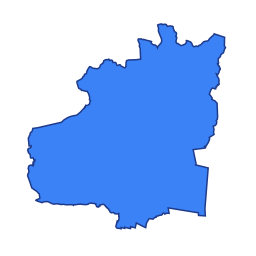 Coeneo, Michoacán, Mexico, rotated 175°
{"feature_id": "50627088B32739795926391", "entity_name": "Coeneo", "entity_type": "district", "adm_level": 2, "iso_a3": "MEX", "parent_name": "Mexico", "parent_adm1": "Michoacán", "projection": "albers", "projection_center": [-101.63, 19.787], "detail": "fine", "context": "isolated", "style": "filled", "palette": "blue", "viewbox_px": 256, "rotation_deg": 175, "n_neighbors": 0, "source": "geoboundaries", "source_scale": "gbopen_adm2", "svg_char_len": 5711}
<svg xmlns="http://www.w3.org/2000/svg" viewBox="0 0 256 256"><g transform="rotate(175 128 128)"><path d="M89.5,228.0L88.9,224.6L89.2,222.4L89.2,221.5L86.9,213.9L86.8,212.4L87.0,211.3L87.6,209.9L91.1,206.6L91.4,205.9L91.6,205.4L91.7,205.7L92.0,206.1L92.1,206.7L93.5,208.2L94.0,208.4L94.5,208.4L96.2,209.1L97.8,211.2L97.1,212.1L98.2,212.6L101.4,213.6L104.7,214.9L105.3,214.6L106.8,215.5L107.0,215.3L107.5,215.6L109.9,215.8L110.3,215.1L110.3,214.0L109.8,212.5L109.0,210.5L109.6,209.1L109.3,207.0L108.9,206.3L109.1,203.4L109.4,195.5L114.0,195.3L121.4,195.7L122.2,195.5L123.5,195.3L124.2,193.4L124.8,189.4L124.9,189.1L125.7,188.3L126.1,188.2L129.4,190.3L129.7,190.5L130.0,191.3L130.3,191.6L131.1,191.8L132.5,191.3L133.4,191.3L133.7,191.7L134.2,193.6L134.5,194.1L135.1,194.5L137.3,194.6L137.5,194.9L137.5,196.2L137.9,196.7L138.3,197.0L138.9,197.2L139.5,197.1L140.3,196.7L140.6,197.1L141.0,198.2L141.3,198.3L142.5,197.7L143.6,198.0L144.2,197.9L144.5,198.0L145.8,197.3L146.3,197.1L146.6,195.7L147.1,195.4L147.2,194.8L149.5,193.5L150.0,193.0L150.7,191.4L151.3,190.7L152.2,190.1L153.0,189.8L154.3,189.8L156.0,190.3L157.4,190.5L158.5,191.0L159.4,191.9L160.2,192.3L161.0,192.4L162.5,190.5L163.9,188.4L164.7,185.8L166.5,185.4L167.4,183.5L168.2,183.3L168.9,181.9L170.6,180.7L174.8,178.9L174.9,177.5L173.7,172.0L173.4,171.7L172.5,171.1L171.6,170.8L171.3,169.8L170.8,169.4L169.8,169.5L169.1,169.0L168.1,168.8L166.9,168.2L166.3,168.1L165.7,168.3L165.4,168.0L164.3,165.6L163.5,161.9L163.7,160.8L163.9,160.0L163.8,159.2L163.5,158.8L163.0,158.6L163.8,156.9L164.2,155.3L166.4,154.0L168.2,154.3L168.8,152.6L169.3,152.7L169.5,151.8L170.1,151.6L170.0,151.2L171.1,150.7L174.1,147.9L177.9,145.3L183.2,144.7L186.7,143.8L191.0,141.7L193.8,139.5L218.1,136.1L222.8,135.9L223.8,133.1L225.7,131.7L226.5,129.3L226.9,129.0L227.2,128.0L228.1,126.8L228.2,125.7L228.1,118.7L227.3,118.7L226.1,118.9L226.0,118.1L226.7,116.9L228.7,116.3L229.6,115.6L229.5,114.7L229.9,114.1L229.5,113.4L229.3,112.8L229.4,112.3L229.3,111.9L228.8,111.6L227.8,110.1L227.7,106.9L227.3,106.5L225.1,106.5L224.6,104.7L224.7,104.4L224.2,103.8L223.5,104.1L223.6,103.7L223.8,103.2L224.2,103.1L224.1,102.8L224.1,102.5L225.4,102.3L225.3,101.8L225.8,101.4L225.6,100.5L225.2,100.3L226.5,99.6L226.2,99.3L226.8,99.3L226.7,99.1L227.2,99.4L227.4,99.3L228.0,99.5L228.9,99.4L230.2,98.7L231.0,96.2L230.6,95.4L230.5,93.3L230.9,92.0L231.2,91.6L231.8,90.9L231.8,89.9L232.2,89.2L230.5,83.0L229.5,78.5L228.9,76.5L225.0,73.3L224.1,72.5L223.0,70.9L222.2,70.3L221.9,65.7L223.7,64.9L225.6,64.5L226.0,63.9L224.6,63.3L224.7,63.1L220.1,61.1L218.8,61.7L216.5,61.8L214.6,61.7L213.4,61.2L211.0,59.6L209.9,59.1L208.3,58.6L204.4,58.7L203.9,58.3L200.8,57.5L199.2,57.7L196.4,56.9L191.5,56.6L189.4,56.3L189.6,56.2L189.2,55.7L188.6,56.3L187.4,56.1L185.0,56.3L182.4,56.3L176.8,55.3L174.6,55.5L173.0,56.3L172.2,56.4L171.1,56.3L168.1,55.7L166.8,55.3L166.9,54.8L166.7,54.7L166.6,54.3L166.5,54.0L166.5,53.7L166.0,52.4L165.9,52.3L165.5,52.3L165.3,52.1L164.9,52.2L164.6,51.8L164.0,52.0L164.0,52.5L162.8,52.7L162.9,53.0L162.5,53.4L162.6,53.8L162.0,53.8L160.9,54.0L158.8,54.1L156.3,51.2L156.6,51.2L155.2,49.5L154.5,49.1L154.1,48.5L154.1,47.9L153.6,47.2L153.4,46.4L152.7,45.4L152.3,45.1L152.0,45.0L151.3,45.1L150.1,44.9L149.8,45.0L148.4,43.6L145.7,43.3L144.7,43.6L144.9,40.6L144.7,40.6L144.6,39.5L145.5,36.6L146.2,35.8L146.2,36.1L146.8,36.4L148.7,30.9L148.0,29.5L147.7,29.3L146.9,29.0L145.0,28.7L143.7,28.2L143.5,29.5L140.0,28.3L139.9,29.4L137.4,28.5L134.4,27.6L134.0,29.3L133.9,29.2L133.9,29.5L129.5,27.9L128.0,32.6L123.5,29.9L123.4,29.7L119.1,27.2L117.8,31.8L114.8,35.9L111.1,35.0L109.1,36.6L108.2,36.5L107.7,36.7L107.6,36.9L107.6,37.3L107.5,37.6L107.3,37.7L106.5,37.6L104.3,38.2L104.1,38.4L102.5,38.3L102.2,38.3L101.3,39.0L101.0,39.4L100.8,39.4L101.0,39.5L100.3,40.3L99.7,40.1L98.8,39.0L98.4,39.4L96.2,39.7L94.5,39.4L94.9,44.9L66.6,37.7L65.7,37.7L65.3,37.4L65.4,34.9L65.3,34.7L58.6,33.7L58.5,39.2L58.3,41.5L51.6,81.2L63.9,85.4L63.3,86.3L65.0,100.8L53.2,101.3L53.3,101.5L52.2,102.3L53.2,102.9L51.8,103.6L50.9,104.3L48.9,107.2L47.7,109.8L47.7,110.8L47.9,111.5L42.8,114.1L43.2,116.4L42.4,119.1L43.0,122.3L41.1,122.8L39.7,124.1L39.3,125.2L39.1,126.2L39.1,126.8L39.5,127.6L38.5,128.7L38.2,129.2L38.0,130.2L37.6,132.6L37.7,132.9L37.1,144.6L37.1,145.0L39.3,147.7L40.3,148.1L42.1,149.3L41.5,150.4L43.1,153.4L44.1,154.4L42.2,158.6L40.8,160.3L39.3,160.2L38.2,159.4L37.2,159.4L36.8,161.2L36.4,161.0L36.2,161.1L35.3,162.6L35.0,163.3L34.6,163.2L34.3,162.9L33.3,163.8L33.5,166.1L33.1,167.6L33.3,169.3L34.6,171.9L35.1,173.6L35.2,174.0L34.1,173.2L33.9,173.3L32.5,175.6L32.3,176.5L31.8,177.6L31.0,178.2L30.9,178.9L31.4,180.0L31.3,180.4L31.6,180.5L31.9,182.0L32.7,182.6L32.7,183.3L33.1,183.7L33.2,184.3L32.3,184.3L32.0,185.2L32.4,186.7L31.9,189.6L30.7,190.1L29.6,191.4L29.2,192.8L27.1,194.4L26.4,194.5L25.0,198.1L23.9,199.4L23.9,200.0L24.4,200.4L24.8,201.0L24.8,201.3L24.1,208.3L23.8,209.9L33.9,214.3L34.0,213.8L35.1,212.8L36.6,211.8L36.9,211.4L38.8,210.1L40.5,208.0L41.1,207.8L43.7,207.6L44.7,207.4L45.3,207.2L46.2,206.3L47.1,205.7L47.6,205.0L48.7,204.4L50.0,204.2L50.8,203.2L51.8,203.2L52.3,203.5L52.9,203.8L54.8,203.2L55.2,203.3L55.5,203.4L56.2,204.2L56.6,204.8L57.0,206.5L58.0,208.1L58.7,208.6L61.9,210.1L62.3,210.0L62.2,208.5L63.0,207.4L63.8,206.6L66.9,205.6L68.2,205.5L71.0,207.9L71.9,207.9L72.4,208.8L72.4,209.3L72.8,209.6L72.8,209.8L71.6,213.5L71.7,214.5L72.5,214.9L72.0,215.8L71.4,217.7L71.7,218.9L72.6,219.6L73.2,219.9L74.3,223.5L74.1,224.5L74.4,225.1L74.9,225.5L75.9,225.6L76.3,225.9L76.7,226.0L77.8,226.0L79.9,225.8L80.1,226.4L80.6,227.1L80.8,227.7L81.9,228.0L82.3,228.3L83.3,228.0L84.6,228.2L85.1,228.1L85.3,228.6L85.6,228.6L85.8,228.8L88.5,228.4L89.5,228.0Z" fill="#3b82f6" stroke="#1e3a8a" stroke-width="1.5"/></g></svg>